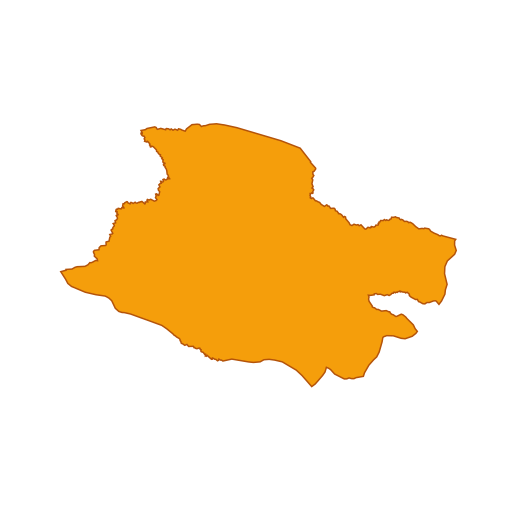 outline of Ku Kaeo, Udon Thani, Thailand, rotated 313°
{"feature_id": "78962969B3377071632893", "entity_name": "Ku Kaeo", "entity_type": "district", "adm_level": 2, "iso_a3": "THA", "parent_name": "Thailand", "parent_adm1": "Udon Thani", "projection": "equal_earth", "projection_center": [103.169, 17.167], "detail": "fine", "context": "isolated", "style": "filled", "palette": "amber", "viewbox_px": 512, "rotation_deg": 313, "n_neighbors": 0, "source": "geoboundaries", "source_scale": "gbopen_adm2", "svg_char_len": 6148}
<svg xmlns="http://www.w3.org/2000/svg" viewBox="0 0 512 512"><g transform="rotate(313 256 256)"><path d="M269.4,86.3L268.5,88.9L267.6,89.4L267.5,88.2L266.9,88.5L266.4,90.5L266.7,91.7L267.3,92.3L266.8,94.0L265.4,94.3L265.0,95.8L263.9,96.3L264.9,98.4L265.7,98.2L265.9,98.5L265.6,101.8L265.3,102.3L264.6,102.4L264.5,103.5L263.8,104.2L264.0,104.8L265.3,104.9L265.9,106.4L265.7,110.8L264.7,112.0L265.1,113.2L264.5,114.4L264.4,116.0L264.9,117.1L263.8,117.7L263.9,120.5L262.9,120.7L263.1,122.5L262.0,123.0L261.1,124.2L261.7,126.2L261.1,126.4L260.0,125.8L259.6,126.1L259.3,126.9L259.6,128.5L258.8,129.1L258.5,130.8L257.6,132.5L255.3,135.2L255.2,136.5L253.8,138.7L253.6,140.1L253.0,139.7L252.9,138.0L251.6,138.7L250.2,138.2L249.8,137.7L249.6,136.3L248.5,135.8L248.2,135.9L247.8,137.2L246.6,137.4L246.0,136.9L245.9,135.4L245.6,135.2L244.6,137.1L243.6,136.5L241.8,136.4L241.0,138.6L238.6,138.4L237.6,139.7L237.3,141.8L234.1,143.5L233.5,143.1L233.8,141.8L233.6,140.8L232.8,140.4L231.9,142.0L230.1,142.7L229.7,145.1L228.6,145.2L226.8,144.3L225.7,140.3L224.0,139.6L223.3,138.0L222.4,138.2L221.8,139.9L220.0,138.2L218.9,139.1L218.3,139.2L218.1,135.3L217.1,135.0L216.7,134.3L215.8,134.3L215.2,133.5L213.5,133.0L213.0,132.3L212.9,130.9L210.6,130.3L210.3,128.6L209.8,127.9L208.2,128.3L208.0,127.1L207.5,126.5L207.9,124.9L207.7,124.5L205.5,123.7L204.4,124.0L203.6,123.1L201.5,124.4L201.4,126.2L201.0,126.6L199.9,124.9L198.4,125.2L196.9,122.7L195.7,122.9L195.2,122.1L194.7,122.0L192.9,123.0L192.9,123.5L193.6,123.9L193.6,124.4L192.4,125.1L192.3,126.8L191.7,127.0L190.8,126.1L190.2,126.2L189.7,128.2L188.9,129.1L187.4,129.4L185.7,128.8L184.5,130.7L182.3,129.4L181.8,131.4L181.4,131.8L179.3,131.9L178.0,132.8L176.7,132.2L176.1,132.4L174.9,135.8L174.0,135.8L172.0,134.4L171.3,136.3L170.0,136.3L166.6,138.4L164.1,136.8L163.3,137.3L162.2,138.7L161.2,138.9L157.7,135.7L155.2,135.6L153.5,136.9L150.0,134.0L148.5,134.0L147.7,134.9L147.1,136.7L145.6,137.9L145.6,141.8L144.5,143.3L143.4,141.8L139.6,140.5L138.5,139.9L137.9,139.0L135.0,139.1L131.8,138.0L126.3,132.6L124.4,131.4L120.9,130.3L116.6,126.2L116.1,126.8L111.4,123.9L109.2,132.5L107.6,137.1L107.9,141.8L113.1,155.9L118.5,165.3L123.7,172.8L124.2,174.2L124.9,177.1L124.9,181.0L121.8,188.8L121.9,193.5L123.3,196.5L124.8,198.3L128.0,203.8L141.0,234.4L141.9,240.4L142.4,248.2L142.2,250.5L142.6,251.0L142.6,253.1L143.3,256.0L143.2,257.3L142.3,258.3L142.3,259.2L141.3,260.7L141.3,261.2L141.7,261.9L142.1,264.8L144.2,265.8L143.9,268.4L147.2,271.8L146.7,273.3L147.2,273.6L147.2,274.7L147.9,276.0L149.9,277.2L150.3,278.1L149.6,278.9L150.0,279.8L148.9,280.5L148.7,281.3L149.6,283.3L149.2,284.7L149.7,286.0L149.0,285.9L148.9,286.8L148.4,287.2L149.0,287.4L149.0,288.1L150.0,288.0L150.1,293.9L150.6,294.3L150.9,293.6L151.6,293.6L152.2,295.0L152.2,295.9L153.1,297.3L153.1,299.3L154.0,299.7L155.3,299.2L155.5,300.8L156.4,301.9L156.6,303.4L164.1,308.6L173.4,322.7L176.4,326.7L181.4,331.2L185.5,332.5L189.4,336.1L192.6,340.6L196.5,347.4L200.0,363.3L200.0,371.2L198.5,385.8L202.8,386.6L214.0,386.2L218.2,385.6L222.6,383.4L223.5,385.9L223.8,388.1L223.3,394.0L226.3,404.4L228.1,406.2L230.3,407.2L231.4,409.4L233.1,411.3L235.2,412.1L241.2,416.6L244.6,415.0L253.2,413.0L260.3,412.8L264.5,413.1L269.7,411.6L279.1,406.8L282.8,404.4L283.9,404.4L286.9,405.9L291.3,410.9L294.8,418.3L297.2,421.5L303.8,425.0L308.4,425.7L310.9,425.4L311.4,421.9L312.9,418.1L313.2,408.9L313.5,407.2L313.2,403.5L312.5,401.9L307.8,400.1L307.1,399.4L306.6,396.3L305.9,395.0L305.9,393.3L306.4,391.9L305.7,391.0L304.9,388.5L301.3,385.4L300.3,381.8L299.2,380.7L299.0,378.1L298.3,376.9L298.1,375.6L298.7,375.1L300.0,369.6L301.3,367.7L303.1,366.6L304.0,364.9L305.2,366.5L308.2,368.9L309.0,368.3L310.7,369.7L310.8,371.1L312.9,373.0L314.5,376.9L317.2,378.3L317.9,380.3L319.8,380.9L321.2,380.8L322.5,381.8L323.2,381.4L323.9,381.9L324.1,383.0L325.2,383.2L325.7,384.1L326.9,384.2L327.8,385.2L328.5,385.1L328.5,386.2L328.9,386.1L329.7,387.9L331.1,389.6L331.0,390.6L332.6,391.3L332.6,394.2L331.6,395.2L331.7,397.6L333.0,402.4L334.3,403.6L333.5,406.0L334.1,407.2L334.9,410.6L336.2,412.2L338.5,412.7L340.2,414.5L344.1,416.4L345.6,417.7L345.9,418.7L345.4,422.8L349.6,422.4L356.9,420.2L360.4,417.6L365.6,415.1L371.6,406.0L377.0,401.4L382.9,399.3L392.7,400.1L396.6,398.7L399.4,393.8L402.5,391.0L404.4,390.7L398.1,378.9L397.7,377.5L396.5,377.2L395.8,376.2L395.6,374.4L394.2,370.7L393.3,366.8L393.8,364.7L393.6,363.6L391.4,360.3L390.5,360.2L389.4,358.6L386.9,356.6L386.4,352.7L386.5,348.8L386.2,347.1L385.8,345.7L384.5,344.9L384.6,343.6L384.0,342.4L382.5,341.0L382.5,338.6L381.9,337.3L381.2,337.2L381.0,335.9L381.4,334.8L379.9,332.3L379.8,331.3L378.2,330.3L376.8,328.7L375.4,329.5L373.9,328.8L373.4,329.1L372.6,328.8L372.1,328.3L371.5,326.8L370.5,326.7L370.2,325.0L368.7,324.9L366.9,322.9L365.6,323.4L364.6,322.8L363.6,323.6L363.1,323.2L362.5,324.0L361.8,324.2L360.3,322.6L359.1,323.0L357.6,322.6L356.3,320.3L355.5,320.7L355.1,320.1L354.4,320.3L353.4,318.3L350.5,318.0L350.0,317.0L350.4,311.5L348.5,310.8L348.5,309.2L347.1,308.3L346.1,306.0L343.7,305.4L343.0,303.4L343.8,301.4L344.4,296.4L345.6,294.8L345.2,293.7L344.0,293.6L344.5,290.5L344.3,289.0L343.3,287.5L343.7,287.1L343.7,285.9L344.1,285.1L343.3,283.2L344.2,281.9L344.2,280.5L341.7,278.1L342.3,275.3L341.5,274.6L341.8,273.6L341.6,272.8L338.9,272.2L338.2,268.4L338.6,266.0L337.9,264.3L337.6,262.7L336.9,261.8L337.4,258.3L336.9,257.6L335.9,257.4L335.5,256.2L335.9,255.7L336.5,255.8L337.2,254.0L337.9,253.9L338.6,253.0L339.3,253.7L340.1,253.7L340.3,254.6L341.0,254.7L341.6,253.7L343.8,253.1L344.1,251.4L343.9,250.6L345.6,250.5L347.0,247.6L350.4,245.6L350.8,243.8L352.0,243.9L354.3,243.4L354.5,242.0L356.2,240.2L357.6,240.7L360.4,240.3L360.9,239.7L361.6,232.0L362.3,231.7L365.0,214.8L357.3,195.6L336.7,154.3L330.4,143.7L325.8,137.0L320.6,132.2L316.9,130.2L315.3,128.7L313.5,127.8L313.6,124.9L312.4,123.2L308.4,119.6L301.6,118.5L299.0,119.1L297.6,115.9L297.3,114.6L296.2,112.6L294.5,112.9L293.5,110.2L291.4,109.5L291.1,107.3L289.7,107.1L289.4,105.4L288.2,103.6L287.7,103.4L286.7,103.8L284.4,99.3L281.5,97.6L281.4,96.9L281.9,95.4L281.4,93.9L274.9,89.3L272.9,88.9L269.4,86.3Z" fill="#f59e0b" stroke="#b45309" stroke-width="1.5"/></g></svg>